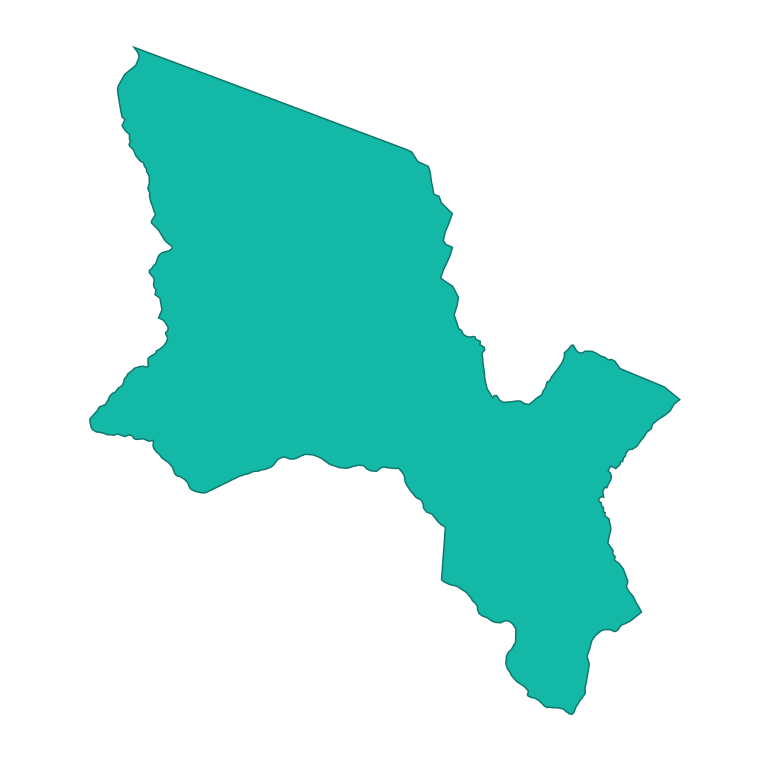 outline of Kerowagi District, Chimbu, Papua New Guinea, rotated 276°
{"feature_id": "67681753B87075693473901", "entity_name": "Kerowagi District", "entity_type": "district", "adm_level": 2, "iso_a3": "PNG", "parent_name": "Papua New Guinea", "parent_adm1": "Chimbu", "projection": "mercator", "projection_center": [144.832, -5.936], "detail": "fine", "context": "isolated", "style": "filled", "palette": "teal", "viewbox_px": 768, "rotation_deg": 276, "n_neighbors": 0, "source": "geoboundaries", "source_scale": "gbopen_adm2", "svg_char_len": 5873}
<svg xmlns="http://www.w3.org/2000/svg" viewBox="0 0 768 768"><g transform="rotate(276 384 384)"><path d="M184.2,663.9L189.2,660.4L193.8,657.0L198.9,654.0L203.1,649.4L207.5,646.3L213.4,647.1L225.1,641.3L229.7,637.0L233.1,631.5L236.3,632.0L238.9,629.2L242.4,629.2L249.0,623.3L255.9,623.8L262.3,624.8L265.9,624.3L270.2,622.6L273.2,622.0L276.1,617.3L279.2,617.5L279.6,615.7L284.2,615.2L285.0,613.4L288.7,612.4L290.0,609.7L292.9,610.0L294.8,612.3L294.4,614.3L299.8,612.7L304.1,614.2L304.1,616.5L307.2,617.3L312.2,619.5L315.1,619.9L319.0,618.6L320.9,616.0L325.6,617.6L325.3,620.9L324.1,623.3L328.5,627.1L331.6,627.5L331.9,629.5L335.5,629.8L337.0,631.3L341.0,632.1L344.5,634.5L344.9,637.5L348.3,641.9L354.6,645.4L358.4,648.0L363.7,650.5L367.3,654.5L371.9,655.2L377.1,660.0L382.0,666.3L387.0,671.3L394.4,674.7L399.4,679.8L410.4,663.0L424.0,617.2L430.8,611.2L431.1,610.6L432.1,607.8L431.4,604.1L433.6,601.1L434.5,596.7L436.8,591.9L438.3,587.0L437.6,580.4L435.7,578.1L435.3,575.2L437.0,572.1L442.4,568.3L442.1,566.5L438.9,564.5L433.8,560.1L430.0,560.6L424.2,559.0L416.9,555.1L411.8,551.9L408.5,549.9L404.2,548.3L403.2,546.0L397.0,544.9L393.7,543.0L389.8,542.1L385.7,537.1L382.1,533.9L378.8,530.3L379.2,525.8L381.4,520.9L380.6,516.1L379.4,511.8L379.1,509.1L378.1,504.8L379.9,500.7L384.3,497.3L383.9,494.7L381.5,493.6L387.1,489.3L390.0,487.1L395.3,485.1L401.2,483.4L406.7,482.5L412.8,480.8L420.1,479.3L425.0,478.2L428.3,480.6L431.2,479.6L433.1,475.3L436.5,475.3L438.2,470.3L440.2,469.8L440.6,467.6L439.8,465.6L439.7,461.7L441.6,457.7L445.8,455.1L446.8,452.5L452.8,449.9L460.1,446.5L469.9,448.5L477.9,449.0L481.0,446.9L484.9,444.5L488.5,441.8L491.2,436.4L493.6,432.1L495.2,429.2L504.7,431.5L511.0,433.8L518.5,436.2L527.0,437.8L529.4,430.7L532.8,428.0L541.5,429.0L549.7,431.5L560.6,434.2L569.9,422.3L576.4,419.1L577.9,413.7L584.4,411.9L589.8,410.1L598.6,408.0L602.3,406.7L605.0,405.3L608.8,394.3L617.6,387.4L619.6,381.6L638.8,307.8L666.2,202.8L692.7,100.2L689.5,103.1L687.8,104.6L685.5,105.7L683.9,106.2L680.9,105.7L677.2,104.4L675.0,103.9L670.2,99.0L664.5,93.6L652.6,88.5L649.2,88.2L643.6,89.4L632.6,92.4L622.3,95.5L619.9,98.7L613.5,96.5L608.6,100.5L605.5,104.8L601.2,105.2L598.4,106.4L595.6,105.4L593.8,106.3L592.5,108.1L590.7,110.4L585.2,113.2L580.4,118.1L578.9,121.7L575.5,123.0L573.5,125.1L570.4,125.8L566.4,128.6L559.5,129.7L555.7,129.0L553.6,128.7L549.7,131.1L546.4,131.1L540.5,133.1L536.9,135.1L532.1,137.1L530.4,137.9L529.0,139.2L522.2,135.9L520.0,135.8L517.5,138.9L515.6,141.2L513.1,144.1L510.0,146.4L506.1,149.3L503.1,151.9L498.6,158.7L496.8,159.2L494.5,157.1L492.9,153.6L491.5,149.6L488.6,146.8L484.4,145.4L479.6,144.3L477.3,142.3L474.4,140.8L472.6,138.8L470.5,138.9L467.8,141.3L464.7,144.5L459.1,144.4L456.8,144.9L454.1,147.2L451.3,147.2L448.9,147.0L446.1,152.1L439.5,154.0L434.7,155.4L426.1,152.9L425.6,154.5L424.9,156.9L423.0,159.5L417.9,163.3L415.6,163.6L413.3,162.5L412.2,161.4L410.7,161.8L407.4,164.0L403.2,163.3L399.0,161.0L395.4,157.5L393.1,154.2L390.3,153.4L386.8,148.4L384.4,146.6L378.1,147.4L377.1,147.9L376.0,147.0L376.5,142.5L375.6,138.7L373.6,134.2L370.9,132.0L367.3,128.1L365.9,127.7L364.6,127.2L361.8,125.3L359.0,124.9L355.3,124.1L352.1,120.1L347.8,117.6L346.2,114.8L343.0,112.4L339.1,111.3L334.3,109.0L331.3,103.2L328.0,101.9L318.5,95.2L316.9,95.2L315.1,95.8L313.3,96.3L310.1,97.4L308.0,99.0L306.2,103.2L306.3,105.5L305.7,110.6L304.8,113.3L304.8,116.9L305.1,118.9L304.6,120.4L306.3,123.5L306.1,125.9L305.7,127.3L305.2,128.9L304.7,132.2L306.4,135.0L306.6,137.4L305.7,139.6L303.9,140.7L303.0,142.7L303.4,146.1L304.4,150.2L302.5,156.2L304.0,161.1L303.6,160.7L302.2,160.7L298.7,160.7L296.2,161.6L295.0,162.5L292.2,165.4L290.6,167.9L287.3,170.8L283.3,177.9L279.3,182.1L272.8,185.5L271.6,186.8L270.8,188.4L270.8,189.7L270.0,192.2L268.4,195.5L265.2,199.2L260.7,201.4L259.1,203.1L257.5,207.2L256.8,213.0L256.9,216.7L257.7,218.8L277.9,251.1L277.9,252.3L279.2,253.9L280.5,258.5L282.6,261.7L283.9,265.4L284.3,268.7L285.2,269.5L286.9,275.3L289.8,280.6L291.9,282.6L298.2,286.6L300.9,291.2L300.7,294.5L299.6,298.2L300.0,302.3L301.3,305.2L304.7,310.5L304.7,311.3L305.5,312.2L305.9,313.8L306.1,320.4L304.9,325.8L303.7,329.1L298.5,338.3L296.2,348.6L296.3,355.7L297.2,358.5L299.3,363.0L299.3,364.3L300.2,365.5L300.6,367.6L300.7,371.3L300.3,372.9L297.9,375.4L296.3,380.0L296.4,385.4L296.8,386.2L299.7,389.0L301.0,391.1L301.4,392.7L301.5,394.8L301.1,395.2L301.2,404.7L301.8,407.8L300.9,408.3L298.0,411.4L295.2,413.5L294.4,413.9L289.1,415.2L286.2,416.9L280.1,422.0L274.9,427.4L273.7,429.5L272.9,432.4L271.3,434.1L267.6,435.8L265.2,436.2L263.6,437.1L261.1,440.0L259.6,445.4L252.3,452.5L249.9,455.9L248.6,459.0L247.5,460.0L195.4,461.7L193.8,463.8L191.5,470.0L190.4,477.9L185.2,487.9L180.7,492.5L178.3,494.2L176.7,495.8L176.7,496.3L173.5,499.6L171.4,500.5L169.8,500.5L166.1,502.2L165.3,503.0L163.3,506.8L162.6,510.5L159.4,516.3L158.6,519.2L158.7,525.0L160.8,528.3L161.2,529.9L161.3,532.4L160.1,535.3L158.1,537.8L154.0,540.8L140.9,541.8L138.8,541.0L138.0,540.2L137.2,540.2L133.0,538.2L131.4,536.6L129.3,535.4L126.0,534.2L123.1,534.3L122.7,534.7L121.9,534.7L121.5,534.3L119.0,534.3L113.7,536.5L110.1,539.8L108.0,540.7L102.8,546.1L101.6,547.8L98.0,554.9L94.0,559.5L90.7,559.5L90.3,559.1L89.9,559.1L88.7,560.0L87.5,563.7L87.5,566.6L85.1,571.6L80.3,577.5L79.4,580.2L79.8,582.4L79.8,584.8L79.7,584.9L80.1,591.1L79.5,596.3L78.1,598.3L76.9,599.7L76.4,601.7L75.4,602.4L75.3,605.9L76.4,606.4L76.5,606.4L77.6,607.3L80.9,608.1L83.3,608.9L85.6,610.2L88.4,611.3L91.9,613.5L94.2,614.7L97.1,616.4L103.3,615.7L107.3,616.3L112.6,616.6L120.5,617.1L124.5,617.4L127.0,617.4L131.4,615.6L134.3,614.3L141.2,616.1L146.8,616.9L151.0,617.7L156.0,620.7L159.0,623.4L161.3,626.0L162.6,628.4L163.2,632.3L163.2,635.6L162.3,637.5L161.8,638.9L163.1,641.8L166.3,643.6L168.4,644.7L169.5,646.2L171.1,649.3L173.8,653.4L177.7,657.5L182.6,662.5L184.2,663.9Z" fill="#14b8a6" stroke="#0f766e" stroke-width="1.5"/></g></svg>